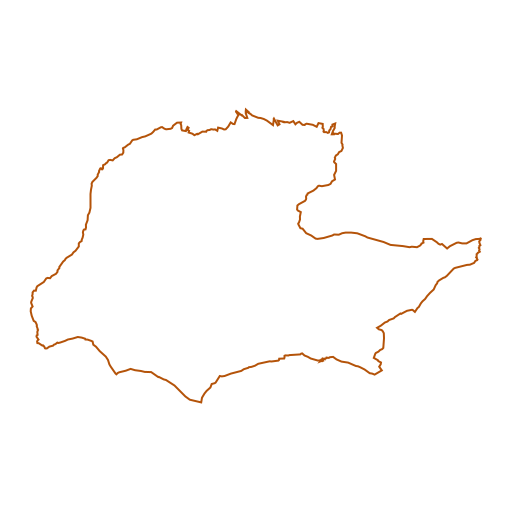 outline of Slimnic, Sibiu, Romania
{"feature_id": "2599482B85072360210848", "entity_name": "Slimnic", "entity_type": "district", "adm_level": 2, "iso_a3": "ROU", "parent_name": "Romania", "parent_adm1": "Sibiu", "projection": "equal_earth", "projection_center": [24.168, 45.943], "detail": "fine", "context": "isolated", "style": "outline", "palette": "amber", "viewbox_px": 512, "rotation_deg": 0, "n_neighbors": 0, "source": "geoboundaries", "source_scale": "gbopen_adm2", "svg_char_len": 6024}
<svg xmlns="http://www.w3.org/2000/svg" viewBox="0 0 512 512"><path d="M116.4,374.3L117.7,373.0L119.2,372.3L125.8,370.7L130.6,368.9L135.0,370.2L141.0,371.0L144.7,371.9L151.2,372.1L158.3,377.1L158.8,376.9L163.7,379.4L166.0,380.0L174.5,385.5L185.3,396.4L189.8,399.7L201.2,402.4L202.0,397.7L204.5,393.5L206.6,390.9L210.4,387.5L211.7,384.0L214.7,383.2L215.6,382.6L219.8,376.0L221.8,376.4L224.6,376.0L230.9,373.6L241.3,370.9L243.8,369.2L248.3,367.8L248.9,367.2L251.4,366.9L255.0,365.7L258.2,363.8L269.7,361.3L271.4,361.5L278.4,360.6L279.0,360.0L279.2,358.7L284.2,358.5L284.5,357.6L284.5,355.8L285.3,355.4L288.4,355.5L289.4,355.1L300.3,354.4L301.2,353.6L302.2,353.4L304.5,355.5L307.8,356.8L310.7,358.5L318.0,360.6L320.0,360.3L320.6,361.0L320.3,361.4L321.3,361.0L321.0,360.6L321.2,359.6L321.7,359.3L322.2,360.2L321.6,360.9L322.1,361.2L323.2,360.7L322.9,360.0L323.7,359.4L323.4,358.7L324.5,359.0L324.4,358.7L326.5,358.2L326.6,357.6L328.8,357.9L329.9,357.2L333.1,356.9L336.5,359.4L341.5,361.6L348.1,362.6L355.9,366.0L358.0,366.3L360.3,367.3L364.6,369.5L369.7,373.2L372.2,373.6L374.6,374.6L381.8,370.4L379.2,366.7L380.7,364.3L381.0,362.5L378.3,361.1L378.0,360.3L373.8,357.9L375.3,353.7L375.8,353.0L378.5,351.6L380.1,350.0L382.2,349.1L383.3,347.9L384.0,338.2L383.8,333.2L382.8,331.3L381.7,330.1L378.8,329.3L377.1,327.8L380.8,325.7L384.9,322.5L387.5,321.5L389.1,320.0L393.7,318.4L394.9,317.1L400.4,313.5L401.1,313.9L407.0,310.8L411.9,309.8L412.6,309.9L414.9,311.9L417.5,308.0L418.8,307.0L420.9,303.3L422.5,301.3L425.1,299.0L427.1,296.1L430.1,292.8L433.7,289.5L435.7,285.1L437.1,283.4L437.5,281.9L439.1,280.4L443.4,277.8L444.8,277.4L446.8,275.9L453.7,268.6L455.1,267.9L467.0,264.9L469.9,264.7L474.1,262.9L475.4,260.9L477.2,260.1L477.5,259.6L476.8,258.4L476.8,257.6L476.2,257.3L476.7,256.1L476.6,254.2L477.5,253.5L477.7,252.9L479.8,251.7L479.1,250.5L479.6,249.2L478.8,247.9L479.4,247.1L479.3,246.0L480.4,245.2L479.5,243.1L479.2,241.4L480.5,239.9L480.3,239.2L481.3,238.1L479.4,238.9L475.8,239.1L472.4,240.2L466.5,243.4L462.2,243.4L458.4,242.5L456.6,242.8L449.9,246.2L447.1,248.5L442.0,244.0L440.2,244.6L438.5,243.8L436.8,242.2L431.9,238.9L423.7,239.0L423.2,241.2L423.5,242.6L421.4,243.6L421.3,244.2L420.0,245.6L417.0,247.2L411.8,246.7L409.6,247.2L403.0,246.1L390.5,244.9L383.6,242.0L367.4,237.5L365.3,236.3L357.3,233.3L351.2,232.6L345.6,232.6L342.2,233.2L338.8,234.7L334.1,234.5L332.3,235.5L323.7,238.0L317.5,238.9L315.6,238.6L311.2,235.5L306.2,233.2L302.6,228.7L300.4,228.2L298.3,224.2L298.2,223.5L298.9,222.7L300.0,219.5L299.9,216.5L300.8,212.1L297.8,210.5L297.1,209.5L297.4,205.5L298.9,204.2L305.1,200.8L306.0,199.4L306.2,198.4L306.0,196.8L306.5,195.3L307.4,194.6L307.6,193.5L313.4,190.6L316.4,188.2L317.9,186.2L319.0,185.7L321.9,186.2L328.3,185.0L330.5,183.9L332.0,181.3L335.0,179.5L334.1,174.9L336.1,170.9L336.1,164.0L334.2,162.2L334.0,161.5L335.2,158.9L334.8,157.7L335.9,155.5L337.8,154.3L339.1,152.1L341.4,151.0L342.9,147.9L342.4,145.5L342.5,144.5L341.5,142.8L342.0,135.5L341.1,132.7L339.6,132.7L338.0,134.0L334.9,133.7L334.2,134.2L333.7,133.6L333.0,134.3L331.8,134.3L333.0,131.0L334.7,128.0L334.7,126.2L335.2,123.5L332.4,124.6L332.5,126.4L331.1,126.8L330.4,129.4L329.3,130.4L329.0,132.4L327.8,132.9L326.4,132.1L324.0,132.1L323.5,131.6L323.8,130.6L323.5,128.8L322.4,127.8L322.8,126.6L322.7,123.9L318.5,123.1L316.7,126.8L312.8,124.8L306.6,123.7L305.2,124.3L304.7,125.0L302.5,124.8L299.3,121.8L297.0,122.8L295.4,124.3L293.3,121.1L289.6,122.8L287.3,122.1L284.1,122.3L283.8,122.2L284.1,121.9L283.8,121.8L277.8,120.7L279.5,124.3L277.7,125.4L273.9,118.5L273.7,118.8L273.8,119.8L273.0,125.1L266.9,120.6L263.8,119.0L260.6,118.0L258.2,117.8L252.1,115.4L250.7,114.1L248.5,112.9L247.2,111.3L247.8,111.3L245.9,109.6L245.7,111.7L246.0,112.8L245.7,113.1L247.3,117.9L244.9,118.0L242.0,115.1L241.7,115.4L236.2,111.1L236.0,111.4L236.2,112.1L236.9,112.7L237.2,113.6L238.7,114.8L237.8,116.0L236.3,119.0L234.5,124.1L233.1,124.0L230.7,122.4L228.2,126.6L225.7,129.3L224.1,129.5L222.0,128.5L218.1,127.6L217.3,130.8L215.0,129.4L213.7,129.6L211.1,129.2L209.6,130.0L207.5,130.2L206.4,131.0L206.2,131.7L202.4,131.6L197.8,134.3L197.2,133.8L194.4,135.2L192.4,133.7L188.6,132.5L189.1,130.8L187.5,129.9L188.6,127.8L187.5,127.0L186.3,129.5L185.9,131.1L182.1,130.4L181.4,128.9L181.2,125.1L180.6,124.0L181.1,122.5L177.0,122.7L173.1,125.7L172.1,128.0L170.6,128.8L166.1,129.3L164.4,128.7L162.1,127.1L160.8,127.3L156.7,129.5L155.2,129.5L153.1,132.0L151.4,133.6L149.7,134.4L145.2,136.4L142.1,137.1L136.8,139.3L133.2,139.8L132.2,140.4L129.9,143.8L128.1,144.7L124.7,147.4L123.2,147.9L122.9,148.6L123.4,150.0L123.3,152.7L122.1,154.5L119.9,154.7L116.9,157.2L114.7,158.2L112.7,160.4L110.2,159.9L108.6,160.2L107.1,162.6L106.0,163.2L105.2,164.2L103.1,165.2L103.0,168.3L102.4,169.3L101.8,169.3L100.9,168.2L100.2,168.5L99.0,171.1L99.1,172.0L97.7,174.6L97.7,176.1L96.5,177.8L92.4,181.9L91.6,183.7L91.8,185.7L91.0,189.7L90.5,194.0L90.5,207.9L89.4,212.6L87.9,215.2L87.6,220.2L85.9,224.7L86.0,227.5L85.5,229.4L84.1,229.5L83.4,230.4L82.9,232.3L83.3,234.6L82.6,237.7L81.8,239.5L81.6,241.1L79.9,242.1L78.8,243.4L78.8,246.5L75.5,250.8L73.5,252.3L71.9,254.6L66.6,257.8L65.5,258.9L64.8,260.2L63.2,261.5L59.3,267.0L59.4,268.0L57.5,270.4L57.5,271.8L56.0,273.8L51.7,276.1L50.1,278.2L47.5,277.9L46.2,278.5L43.8,282.0L37.3,286.2L36.6,287.4L35.8,290.7L34.0,290.6L32.6,292.4L32.6,294.2L32.1,295.9L32.6,296.8L32.8,298.0L31.3,301.6L31.1,302.8L32.6,306.5L30.9,308.4L30.7,311.3L31.7,315.7L33.7,320.9L35.5,322.0L36.5,324.1L36.9,325.2L36.7,326.1L37.7,329.0L37.6,329.6L38.0,330.0L37.3,331.9L37.6,334.9L36.7,335.4L36.5,336.7L38.5,339.6L37.5,340.5L37.1,341.6L37.4,343.1L38.7,343.2L42.2,345.5L42.9,345.3L43.3,345.9L44.1,346.3L45.0,348.3L45.7,348.5L46.9,348.4L49.4,346.6L53.0,345.7L53.9,344.7L55.5,344.1L57.3,342.6L58.2,343.0L60.0,342.6L65.0,340.9L67.9,339.5L72.5,338.6L77.8,337.0L81.7,337.6L85.1,338.7L85.4,339.5L87.6,339.6L91.3,340.9L92.6,341.5L93.3,344.7L96.0,346.7L99.7,351.1L105.8,356.6L108.0,360.0L109.4,364.4L110.7,366.6L115.5,373.5L116.4,374.3Z" fill="none" stroke="#b45309" stroke-width="2"/></svg>